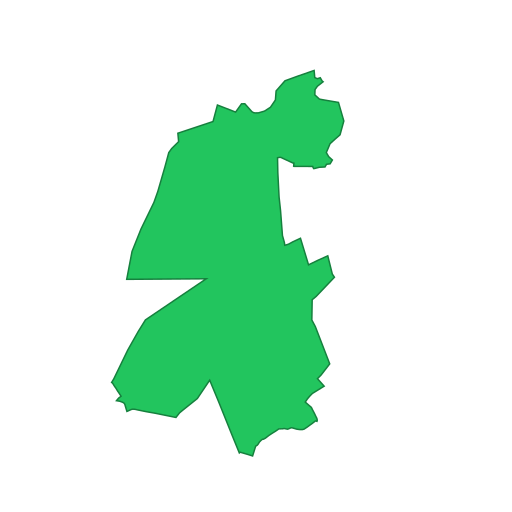 Eleme, Rivers, Nigeria (Natural Earth projection), rotated 203°
{"feature_id": "59680162B65190975434062", "entity_name": "Eleme", "entity_type": "district", "adm_level": 2, "iso_a3": "NGA", "parent_name": "Nigeria", "parent_adm1": "Rivers", "projection": "natural_earth1", "projection_center": [7.122, 4.777], "detail": "fine", "context": "isolated", "style": "filled", "palette": "green", "viewbox_px": 512, "rotation_deg": 203, "n_neighbors": 0, "source": "geoboundaries", "source_scale": "gbopen_adm2", "svg_char_len": 2356}
<svg xmlns="http://www.w3.org/2000/svg" viewBox="0 0 512 512"><g transform="rotate(203 256 256)"><path d="M240.1,429.6L254.0,426.3L258.9,425.2L264.8,427.3L266.7,432.3L265.8,436.3L262.3,442.6L263.6,443.0L266.5,445.2L268.8,443.2L271.6,443.2L275.0,449.5L287.4,438.3L297.8,428.6L302.0,415.8L299.1,407.2L300.8,398.6L304.8,392.7L309.7,388.7L312.6,387.4L314.1,387.0L316.1,387.2L325.8,391.8L328.8,390.4L331.0,380.5L350.5,379.9L348.1,363.0L375.9,338.5L371.9,331.0L375.6,322.0L376.7,317.1L375.8,310.7L374.6,302.0L371.6,277.0L370.9,265.4L372.4,236.0L371.9,211.8L365.9,184.0L292.9,215.6L332.8,154.0L334.9,140.6L337.3,119.4L338.9,87.3L339.5,83.2L338.3,82.9L335.2,80.7L333.2,79.5L330.6,77.6L329.3,76.8L326.9,75.2L325.4,74.2L326.9,71.6L327.6,69.4L327.9,68.3L324.5,69.1L322.2,69.2L321.1,69.2L320.1,69.0L319.8,68.9L318.8,68.2L317.0,66.0L314.1,62.5L313.2,63.4L312.1,64.6L310.8,66.0L309.7,66.8L308.1,67.4L307.0,67.7L304.7,68.1L296.3,69.8L287.2,71.9L266.6,76.1L265.1,81.7L263.2,85.4L254.3,101.9L250.1,123.6L232.9,106.7L208.5,82.2L194.4,68.2L193.9,69.2L186.3,70.1L181.0,70.6L182.0,80.8L180.9,82.4L180.5,83.8L180.2,86.0L179.3,88.3L178.5,89.8L177.5,90.3L176.1,92.1L174.0,95.9L171.6,99.5L169.6,102.3L168.2,104.5L167.5,105.7L166.1,106.4L163.7,107.5L162.8,108.2L159.3,108.9L158.6,109.5L157.0,111.2L156.2,111.8L155.2,112.0L151.0,112.5L149.8,112.8L148.0,113.3L146.8,113.8L145.4,114.4L144.1,115.4L143.1,116.9L142.1,118.4L140.2,121.6L138.9,123.7L137.6,126.0L136.9,127.3L136.4,127.6L135.3,127.6L135.3,128.2L135.6,129.0L136.6,130.4L137.6,131.2L139.0,132.4L140.2,133.5L142.6,135.5L144.1,136.7L145.5,138.0L146.4,138.5L148.5,139.1L153.6,140.8L153.2,142.6L152.9,144.3L152.5,145.7L151.7,148.2L150.4,151.5L142.4,162.8L151.5,167.1L149.6,171.8L146.0,185.5L173.8,214.2L179.6,218.9L187.2,237.7L184.8,242.4L175.5,267.1L178.7,269.2L190.0,284.2L197.3,276.3L204.2,268.4L222.0,289.7L227.5,283.6L230.6,279.7L232.2,278.3L232.7,277.9L233.7,277.1L235.0,279.3L237.1,282.0L239.6,285.1L251.1,307.3L257.8,319.3L268.5,341.3L274.6,354.9L272.7,356.1L271.5,356.5L270.2,356.4L258.3,356.0L257.4,356.3L256.4,353.3L256.2,353.3L254.0,354.2L245.0,358.0L238.8,360.6L238.2,359.9L237.1,359.0L236.3,359.4L234.5,360.8L232.4,362.4L227.3,364.9L226.9,368.0L223.8,369.8L223.2,374.2L228.0,375.9L231.7,378.7L231.7,388.3L229.0,394.2L226.0,400.4L227.9,414.6L240.1,429.6Z" fill="#22c55e" stroke="#15803d" stroke-width="1.5"/></g></svg>